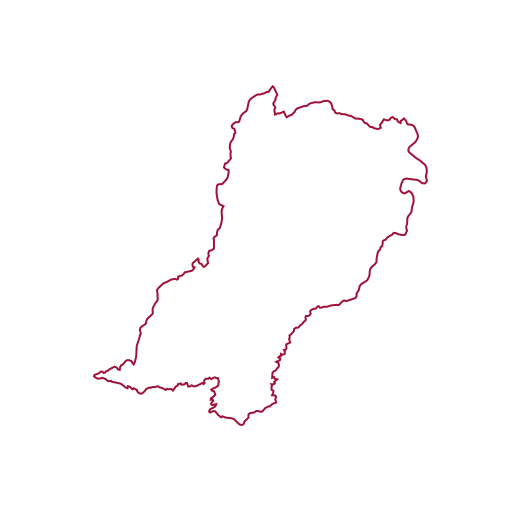 São Gonçalo do Abaeté, Minas Gerais, Brazil, rotated 344°
{"feature_id": "56859067B31558780587995", "entity_name": "São Gonçalo do Abaeté", "entity_type": "district", "adm_level": 2, "iso_a3": "BRA", "parent_name": "Brazil", "parent_adm1": "Minas Gerais", "projection": "mercator", "projection_center": [-45.579, -18.177], "detail": "fine", "context": "isolated", "style": "outline", "palette": "rose", "viewbox_px": 512, "rotation_deg": 344, "n_neighbors": 0, "source": "geoboundaries", "source_scale": "gbopen_adm2", "svg_char_len": 6130}
<svg xmlns="http://www.w3.org/2000/svg" viewBox="0 0 512 512"><g transform="rotate(344 256 256)"><path d="M318.8,97.5L315.9,99.5L313.4,101.7L311.5,101.2L309.7,101.8L304.3,101.9L302.4,101.2L300.6,101.4L294.5,103.3L292.5,104.7L291.5,105.9L287.9,112.6L286.4,114.1L283.1,115.2L279.9,117.4L276.9,122.1L275.5,122.4L273.8,121.8L271.7,122.2L269.3,123.5L268.3,124.8L268.7,126.6L270.3,127.9L270.2,131.9L268.5,132.8L267.2,135.8L265.8,137.5L263.3,139.4L262.3,140.7L261.2,142.8L260.6,144.8L260.6,148.9L259.5,150.9L258.8,155.3L254.5,158.2L253.3,158.7L251.7,158.6L249.6,162.1L251.2,164.5L253.3,165.8L252.8,168.0L250.6,172.3L249.2,173.9L243.6,177.4L242.3,177.4L240.6,176.8L238.7,176.9L237.7,178.2L236.7,180.4L235.3,185.1L234.6,191.2L234.7,194.5L235.1,196.1L238.5,199.2L236.5,201.2L235.7,202.7L235.0,204.3L233.8,210.5L232.2,213.9L229.4,218.5L228.3,219.5L226.4,220.3L225.0,222.6L224.4,224.9L222.5,226.0L221.1,226.2L220.0,227.3L220.0,229.1L217.6,237.3L214.3,238.4L212.6,238.0L211.2,239.7L210.7,241.5L210.8,242.9L208.4,245.2L207.9,249.7L204.5,251.7L202.8,252.1L202.0,250.9L201.8,249.5L201.1,248.3L199.8,247.6L199.1,245.7L199.9,243.9L199.5,242.5L193.1,245.5L192.4,247.2L192.4,249.0L193.8,250.0L192.3,251.4L190.2,252.5L183.1,252.1L181.6,253.3L179.7,254.2L175.5,254.4L174.9,256.4L173.5,256.9L172.1,255.7L167.7,255.3L163.6,256.3L159.2,256.8L153.7,259.7L151.4,261.4L150.8,266.2L150.1,267.4L149.9,269.7L149.1,271.6L146.1,273.7L142.7,277.3L141.9,278.7L141.0,282.7L139.7,283.7L134.3,286.3L132.9,287.8L132.1,289.6L131.1,291.0L127.4,292.0L125.2,293.1L124.0,294.8L123.9,299.0L122.7,299.9L121.9,301.7L116.5,309.7L113.2,319.4L110.2,324.7L108.5,326.5L107.7,324.7L107.3,322.7L105.3,321.2L103.5,320.6L101.7,321.1L98.0,323.6L96.0,324.0L94.6,325.7L93.6,327.9L92.1,327.0L91.3,324.8L89.6,323.4L83.8,324.5L81.8,325.5L80.0,325.5L78.8,326.4L77.3,326.4L76.6,325.0L75.3,324.3L72.3,325.5L68.0,325.8L67.1,326.9L67.8,328.1L70.0,330.3L73.0,330.9L74.5,330.6L77.6,332.9L78.7,334.9L80.0,335.8L82.2,336.1L83.1,337.5L85.9,338.7L91.1,341.7L94.4,346.4L96.0,347.7L97.0,345.8L98.7,347.0L100.5,350.1L101.8,349.4L104.7,352.0L104.5,353.3L105.3,355.1L107.2,356.6L109.0,356.6L112.0,355.1L113.8,353.6L117.2,353.0L118.3,353.8L119.7,353.4L123.7,354.2L125.5,354.0L127.3,355.8L129.5,357.1L132.2,359.8L133.9,359.1L135.0,359.9L138.1,360.6L139.0,362.5L142.7,359.5L144.7,359.1L145.6,357.7L148.6,357.8L148.8,359.2L152.0,359.7L153.5,358.6L154.7,359.1L154.8,362.7L156.4,363.2L158.5,362.5L160.6,364.4L163.0,364.5L169.5,363.3L170.3,364.7L171.6,363.9L171.6,362.1L172.5,360.7L174.4,360.1L176.2,360.9L177.8,360.1L178.9,361.9L180.3,361.8L181.8,361.3L183.3,361.4L184.2,362.5L185.6,362.8L185.7,366.7L184.7,368.2L184.1,370.1L180.8,371.3L178.4,371.4L176.1,372.1L176.6,373.4L178.4,374.3L178.7,378.0L177.3,379.1L173.4,380.4L172.8,381.7L174.6,381.8L174.9,383.5L172.9,384.7L171.9,386.0L173.1,387.3L176.9,387.4L176.0,388.7L174.7,389.7L169.4,390.8L168.0,392.6L168.9,393.9L170.2,393.5L172.4,393.4L173.9,394.0L176.0,398.7L178.1,401.5L179.4,400.8L182.2,402.9L188.3,405.5L189.8,406.7L193.5,413.1L194.8,414.1L196.1,414.5L197.5,414.3L199.5,411.8L204.2,409.3L205.2,406.1L207.0,405.4L211.5,405.9L213.4,405.1L215.1,405.5L217.9,407.3L219.7,406.9L222.8,404.8L226.2,404.0L227.6,404.4L231.1,402.7L235.0,402.4L235.1,398.7L236.6,397.0L236.1,395.4L233.1,394.3L234.9,392.2L235.6,390.4L234.2,389.1L234.5,386.9L235.6,385.1L235.4,383.5L237.1,384.1L239.0,383.8L238.7,382.1L242.3,380.4L240.2,379.4L239.9,377.2L238.0,377.5L239.7,372.8L241.4,371.7L242.9,371.6L244.2,370.9L245.3,369.8L246.9,369.1L247.8,367.8L248.2,365.3L246.3,363.3L250.3,362.7L251.2,361.1L249.6,359.7L251.2,358.8L252.7,358.8L253.0,357.0L254.5,358.2L256.5,358.1L257.4,356.0L257.0,354.0L258.7,354.2L259.8,353.3L260.6,349.3L265.0,348.6L264.9,344.8L266.0,343.6L266.3,341.5L268.1,340.9L271.7,338.7L272.6,336.6L274.7,335.9L276.9,336.5L278.8,335.1L281.9,333.9L283.5,332.5L285.5,331.8L286.5,330.7L286.5,328.9L287.5,327.4L289.4,328.0L291.2,327.8L292.7,326.4L292.7,324.2L294.0,323.2L295.8,322.7L299.4,322.9L301.3,321.4L302.6,321.7L303.3,323.4L305.2,323.7L307.2,323.4L310.4,324.4L314.5,324.2L320.1,325.2L322.0,326.0L326.6,323.5L328.4,323.0L330.7,324.3L339.9,323.8L341.7,322.3L342.1,320.1L345.5,316.9L347.3,313.6L348.9,312.3L350.4,311.7L355.4,310.3L356.7,309.6L359.6,306.2L361.2,301.9L362.2,300.0L364.1,298.4L367.7,296.9L370.2,295.0L371.3,291.5L373.9,286.4L375.0,285.0L376.4,284.5L377.4,283.5L378.2,281.9L380.0,281.2L380.9,279.6L381.9,276.7L383.4,276.1L385.0,276.1L387.7,274.2L392.9,273.0L394.7,271.7L396.6,272.4L398.5,274.1L402.3,276.1L405.2,276.7L408.2,273.3L408.1,270.9L408.5,269.2L410.3,266.3L411.9,261.4L413.2,259.8L416.8,257.2L417.8,256.1L419.1,252.7L422.5,247.3L423.6,242.8L423.1,239.0L422.4,237.4L420.8,235.6L417.0,236.7L415.3,236.5L413.7,234.9L413.0,233.0L413.1,231.6L413.6,230.0L415.7,226.7L418.3,223.5L420.1,222.9L421.8,223.0L431.5,227.1L433.4,228.5L435.8,231.8L438.3,232.8L439.9,231.9L441.1,230.5L441.2,226.2L443.3,222.5L443.8,220.5L444.1,218.5L444.0,216.1L443.2,214.1L442.2,213.0L440.5,210.0L436.8,205.9L432.3,199.3L431.6,197.8L431.6,196.1L432.6,194.4L434.1,193.2L440.4,190.5L442.8,188.4L444.1,186.8L444.8,185.4L444.9,183.5L444.0,176.0L443.1,174.0L441.5,172.6L438.3,171.4L437.6,170.1L437.6,168.0L437.0,166.2L436.1,164.5L434.5,165.5L432.6,165.9L431.6,168.0L430.2,166.7L429.3,165.4L429.2,163.4L427.3,162.8L426.6,161.4L425.4,160.0L423.5,160.4L421.9,161.9L419.7,161.9L416.5,159.9L413.1,163.0L411.3,164.1L411.3,167.1L409.0,167.6L407.1,167.1L404.2,165.3L403.4,164.0L401.9,163.7L400.8,162.6L399.1,159.1L397.6,158.4L396.6,156.8L396.1,154.3L392.4,152.2L389.4,151.3L385.8,147.4L384.1,146.8L381.2,144.6L377.2,143.1L375.4,141.6L373.3,141.4L371.6,139.9L371.6,137.8L370.1,136.0L370.4,134.6L370.4,130.5L369.6,128.4L367.9,126.6L363.8,125.7L361.7,126.0L359.4,125.9L355.1,124.4L349.4,124.3L347.7,125.2L345.9,125.7L343.1,125.1L338.0,125.4L335.9,125.6L334.2,126.6L332.9,128.1L331.0,129.0L329.6,130.1L326.4,130.3L323.8,131.1L323.1,129.0L322.6,124.9L317.9,125.5L316.7,124.9L313.2,125.2L313.7,123.5L313.6,121.6L314.2,120.1L315.4,118.8L315.3,117.3L314.6,116.1L314.5,114.5L315.3,113.4L317.9,111.2L318.2,109.7L320.9,106.9L319.7,99.0L318.8,97.5Z" fill="none" stroke="#9f1239" stroke-width="2"/></g></svg>